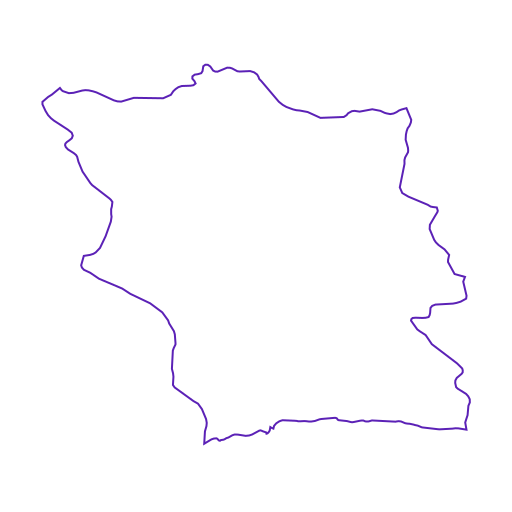 the border of Huíla, rotated 92°
{"feature_id": "AGO-1891", "entity_name": "Huíla", "entity_type": "Province", "adm_level": 1, "iso_a3": "AGO", "parent_name": "Angola", "parent_adm1": "", "projection": "equal_earth", "projection_center": [15.141, -14.853], "detail": "fine", "context": "isolated", "style": "outline", "palette": "violet", "viewbox_px": 512, "rotation_deg": 92, "n_neighbors": 0, "source": "natural_earth", "source_scale": "10m", "svg_char_len": 3804}
<svg xmlns="http://www.w3.org/2000/svg" viewBox="0 0 512 512"><g transform="rotate(92 256 256)"><path d="M422.2,39.6L421.2,47.7L421.2,50.6L421.7,53.8L422.8,66.2L422.8,67.7L421.5,83.9L421.3,84.7L420.0,88.1L419.8,88.8L419.4,91.2L419.0,92.6L418.3,96.5L418.2,99.0L418.0,100.5L417.8,101.4L416.9,103.7L416.3,105.3L416.2,106.5L416.1,107.6L416.2,108.4L416.5,110.0L416.7,110.7L416.3,134.4L417.4,137.7L417.5,138.7L417.5,140.5L417.3,141.5L416.7,142.9L416.7,144.4L417.0,146.3L418.5,152.5L418.8,154.2L418.6,155.7L417.8,159.3L417.2,167.6L417.0,168.2L416.7,168.6L416.4,168.9L415.9,169.1L415.5,169.5L415.2,170.1L415.0,170.9L415.0,171.8L416.6,184.9L417.0,186.8L418.8,191.3L419.5,195.0L419.6,197.0L419.5,198.3L419.4,199.2L419.3,200.6L419.3,202.3L419.6,205.6L419.7,208.1L419.4,209.4L419.3,211.6L419.2,223.7L419.3,224.0L419.7,225.2L420.4,226.9L422.5,229.9L425.1,232.0L427.9,232.6L427.0,234.9L426.5,235.7L429.9,236.2L430.9,236.7L431.9,237.4L432.9,238.4L433.2,239.3L432.0,239.6L430.9,243.2L430.5,244.1L430.1,245.4L430.4,246.6L434.5,253.6L435.6,256.5L436.1,260.0L435.1,268.1L435.2,271.3L436.0,273.4L438.4,277.3L438.9,278.8L439.2,279.5L440.0,280.6L440.7,282.0L441.2,284.7L441.5,285.0L441.8,285.3L441.9,285.7L441.6,286.7L440.0,288.3L439.6,289.2L439.9,291.7L440.8,294.1L445.4,301.2L433.0,300.9L427.8,299.6L424.5,299.4L420.7,300.2L410.9,304.7L405.6,308.8L403.2,313.4L390.2,332.7L387.8,334.5L379.5,334.3L376.1,334.8L371.7,336.1L353.4,335.8L350.9,335.0L347.3,333.4L346.0,333.4L337.1,334.4L334.0,335.4L326.5,340.4L323.4,341.6L315.6,347.7L307.0,360.1L298.2,380.3L293.2,388.6L284.2,412.1L278.6,421.0L275.8,427.5L273.6,429.6L271.4,430.4L261.9,428.1L260.7,421.9L259.5,418.6L258.0,416.3L253.4,412.2L241.5,407.0L226.8,402.3L221.8,401.7L219.2,402.2L214.2,402.4L211.7,401.8L207.0,401.4L204.9,403.0L203.6,404.5L190.9,422.2L188.9,424.1L177.7,432.3L168.1,436.7L163.1,438.2L161.4,439.3L159.6,441.6L156.1,447.6L153.8,449.9L151.8,450.7L150.3,450.4L148.7,449.0L146.9,446.6L144.8,444.2L142.2,443.3L139.2,444.5L136.2,448.6L127.8,462.6L125.5,465.7L122.5,468.7L118.4,471.4L111.9,474.7L109.4,474.8L104.3,469.3L101.8,465.6L94.9,457.8L97.0,456.1L97.4,455.6L98.0,454.7L99.8,448.7L99.3,444.1L96.7,435.4L96.2,432.3L96.3,429.0L97.1,424.7L98.1,421.1L105.4,403.5L106.3,399.9L106.4,396.1L102.2,383.6L101.6,354.3L97.9,346.7L94.2,344.4L92.0,342.2L90.0,339.5L88.7,336.1L88.1,327.4L87.5,324.5L85.7,322.4L83.4,323.6L81.0,325.8L78.7,325.8L76.9,323.6L76.3,320.4L75.2,317.1L73.1,315.9L68.2,315.3L66.6,313.3L66.6,310.8L68.2,308.3L72.2,305.3L73.1,303.2L73.1,300.8L68.8,291.4L68.8,288.5L69.4,286.4L72.0,281.1L72.2,278.7L71.4,268.3L72.5,264.3L74.6,261.2L77.0,259.7L78.9,259.0L81.1,256.7L101.0,238.6L104.0,234.6L106.0,230.8L108.2,224.1L108.9,220.7L109.1,217.3L110.3,209.4L115.7,196.4L114.0,173.1L112.1,170.4L110.1,168.9L107.9,165.2L107.5,162.5L108.1,157.5L105.3,144.9L106.6,136.7L108.4,132.5L108.9,130.6L109.5,126.8L108.8,123.5L107.3,120.5L105.5,118.0L104.5,115.6L103.0,110.8L114.5,105.6L117.2,105.9L120.6,107.2L123.1,108.9L126.0,109.8L129.4,110.4L134.6,110.5L142.6,107.9L145.3,107.6L147.0,107.7L152.3,110.4L155.0,111.0L158.8,110.8L182.4,114.7L188.0,112.0L191.4,105.7L198.8,86.2L200.5,83.2L200.9,80.7L201.2,77.0L204.5,75.9L205.9,76.3L210.0,78.6L218.7,83.3L223.0,83.4L233.6,78.5L236.1,76.7L238.7,73.9L242.8,67.8L248.2,63.0L253.0,63.9L255.3,63.9L267.1,56.9L269.6,46.4L274.4,48.0L288.4,44.2L291.3,44.5L294.5,49.9L295.9,54.0L296.7,57.5L298.3,75.0L299.7,78.2L301.8,79.8L306.8,80.0L309.0,80.4L311.0,81.4L311.8,84.3L312.1,87.4L312.1,94.5L312.5,97.3L313.6,98.5L315.2,98.8L323.7,92.3L325.5,89.7L329.1,83.7L338.0,77.2L356.3,51.3L361.2,46.0L363.0,45.4L365.1,45.4L366.6,46.4L370.8,51.1L373.4,52.4L375.9,52.5L380.1,51.4L381.6,49.7L386.5,41.2L388.8,39.0L391.7,37.4L394.9,37.2L398.3,38.5L407.7,39.0L411.8,40.2L415.1,41.1L422.2,39.6Z" fill="none" stroke="#5b21b6" stroke-width="2"/></g></svg>